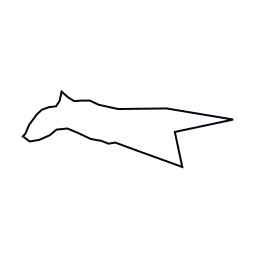 SVG path tracing the border of Buikwe, rotated 258°
{"feature_id": "UGA-5597", "entity_name": "Buikwe", "entity_type": "District", "adm_level": 1, "iso_a3": "UGA", "parent_name": "Uganda", "parent_adm1": "", "projection": "equal_earth", "projection_center": [33.033, 0.062], "detail": "fine", "context": "isolated", "style": "outline", "palette": "ink", "viewbox_px": 256, "rotation_deg": 258, "n_neighbors": 0, "source": "natural_earth", "source_scale": "10m", "svg_char_len": 515}
<svg xmlns="http://www.w3.org/2000/svg" viewBox="0 0 256 256"><g transform="rotate(258 128 128)"><path d="M141.7,23.4L143.7,26.4L151.6,31.9L160.4,41.8L163.8,47.6L164.8,55.0L164.2,62.2L168.8,66.8L177.4,70.6L170.4,75.8L165.5,80.9L164.5,88.0L162.8,96.3L156.8,104.2L148.6,122.3L139.1,169.8L114.4,232.6L114.4,173.0L78.6,173.0L103.4,133.1L116.4,112.5L116.7,105.7L121.0,99.2L125.0,89.3L133.6,78.0L140.1,68.6L141.3,57.7L137.2,50.0L134.8,38.7L135.3,29.0L141.7,23.4Z" fill="none" stroke="#020617" stroke-width="2"/></g></svg>